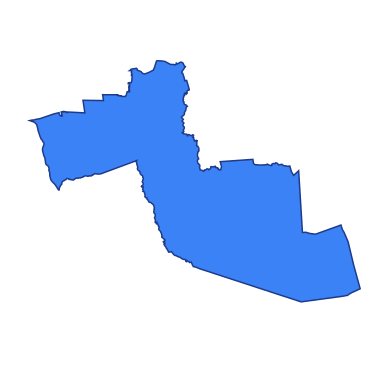 outline of Junín, San Luis, Argentina, rotated 167°
{"feature_id": "61730980B92635702663446", "entity_name": "Junín", "entity_type": "district", "adm_level": 2, "iso_a3": "ARG", "parent_name": "Argentina", "parent_adm1": "San Luis", "projection": "equal_earth", "projection_center": [-65.257, -32.22], "detail": "fine", "context": "isolated", "style": "filled", "palette": "blue", "viewbox_px": 384, "rotation_deg": 167, "n_neighbors": 0, "source": "geoboundaries", "source_scale": "gbopen_adm2", "svg_char_len": 6117}
<svg xmlns="http://www.w3.org/2000/svg" viewBox="0 0 384 384"><g transform="rotate(167 192 192)"><path d="M334.1,298.1L329.8,295.4L328.2,292.8L328.0,287.9L328.2,287.1L327.6,280.4L327.0,277.2L326.2,276.0L326.0,274.6L325.3,273.1L325.3,272.5L325.7,271.2L327.2,269.2L328.0,267.4L328.3,266.1L328.2,260.6L328.0,260.1L327.7,258.4L328.1,252.9L328.0,251.8L327.6,251.1L326.6,250.1L326.0,248.3L326.0,247.1L326.6,245.3L326.3,243.3L326.9,239.6L326.8,236.4L326.6,235.1L325.9,233.5L323.7,230.0L321.6,224.0L321.0,223.9L320.3,225.8L318.6,227.9L317.1,229.0L316.9,229.8L316.1,231.2L314.5,231.9L313.5,231.9L312.5,232.5L311.9,232.5L311.0,233.3L309.2,232.7L309.0,232.1L308.7,232.2L308.3,231.7L304.9,230.3L302.1,231.5L300.4,231.3L299.9,231.0L298.7,231.2L297.4,230.8L297.2,231.0L295.5,231.0L295.0,231.3L294.4,231.2L294.1,231.5L292.8,231.7L291.6,231.6L289.9,230.7L289.4,230.9L289.0,230.7L288.4,230.9L286.8,230.3L286.1,230.5L285.9,230.9L285.3,230.7L284.9,231.0L283.9,231.1L283.0,231.8L279.6,230.6L276.9,230.2L238.7,235.1L239.6,233.9L239.3,232.1L239.5,231.6L239.3,228.7L239.4,228.0L239.9,227.4L239.9,226.1L239.8,225.7L239.3,224.8L238.5,224.3L238.3,223.7L238.3,221.3L238.0,221.0L237.6,220.0L236.6,219.1L236.5,218.2L236.7,217.5L236.3,216.4L236.5,215.8L237.1,215.0L237.2,214.3L238.2,213.2L237.7,211.5L238.0,210.1L238.5,209.6L239.7,209.2L240.1,208.8L239.7,208.1L238.4,207.8L239.5,205.6L239.0,204.4L239.7,203.7L238.7,203.1L238.5,202.2L238.4,199.8L238.6,198.9L239.0,198.1L238.2,196.8L237.4,196.6L237.2,196.1L237.5,195.4L236.8,194.1L236.0,191.6L234.5,191.1L233.9,190.0L233.7,189.9L232.8,188.7L232.3,187.5L232.3,184.5L232.9,183.9L233.1,182.5L233.7,181.5L233.7,180.6L233.6,179.7L232.9,179.0L233.1,177.4L233.4,176.4L234.2,175.6L234.3,175.1L234.0,173.6L234.1,172.2L234.6,171.1L234.7,170.5L234.4,170.3L233.2,170.5L232.9,170.4L233.0,170.0L233.5,169.8L233.7,169.4L233.7,168.9L232.6,168.7L232.4,167.3L232.5,166.6L231.8,165.3L232.6,164.0L232.8,163.2L232.7,162.6L231.8,161.2L231.2,158.9L231.1,156.8L231.6,154.8L231.4,154.4L230.8,153.9L230.2,152.7L229.5,152.2L229.2,151.4L229.3,150.5L229.7,150.3L231.0,150.3L231.2,150.0L231.2,149.7L229.8,148.2L230.0,147.8L231.1,147.5L231.0,147.0L230.6,146.4L230.6,145.6L229.9,144.6L229.6,142.8L229.2,142.2L228.9,140.9L228.6,140.3L228.4,138.9L228.1,138.5L227.3,138.6L226.7,138.4L225.5,138.5L225.3,138.3L224.3,136.1L224.1,135.4L223.0,134.1L221.6,133.4L220.5,132.3L218.6,131.3L217.9,130.4L215.8,128.4L213.9,127.8L213.6,127.2L213.6,125.9L213.4,125.6L213.0,125.4L212.8,126.5L212.6,126.6L211.9,125.7L210.8,124.9L210.3,123.9L210.0,123.7L208.7,124.0L208.4,123.5L208.0,120.8L207.8,120.6L207.5,119.0L207.0,119.0L206.5,118.5L206.0,118.5L201.8,115.5L110.4,60.4L66.9,56.4L64.8,56.5L63.9,56.2L61.9,57.1L59.4,57.9L49.9,59.9L50.9,84.0L51.1,108.5L52.9,118.4L53.9,121.5L54.3,126.3L81.1,123.1L86.7,125.2L90.2,127.2L93.5,127.7L83.3,188.7L89.2,185.3L90.5,189.1L90.9,195.4L92.2,195.3L97.0,197.2L98.2,198.8L101.1,198.8L102.9,201.2L103.6,201.5L104.0,201.6L104.8,200.9L106.4,201.5L107.7,201.3L108.2,200.7L108.3,199.9L108.7,199.8L110.5,200.7L112.5,202.3L113.4,201.8L119.0,202.8L124.1,204.3L125.7,205.8L125.3,210.1L157.7,215.2L157.5,210.1L159.1,207.1L160.1,207.6L160.9,207.6L161.2,208.2L161.0,209.0L161.6,209.2L161.8,209.9L163.4,210.5L163.6,210.7L163.3,211.6L163.6,211.9L165.9,211.7L167.7,212.5L168.0,212.3L168.5,211.0L170.0,210.0L170.8,210.0L171.2,210.9L172.3,211.2L173.9,210.4L174.9,210.7L175.7,209.6L176.1,209.5L176.9,210.6L179.2,211.8L179.0,212.7L179.1,214.6L178.5,215.4L178.4,216.4L179.2,218.0L179.8,218.6L179.8,220.8L179.4,222.0L178.9,222.5L178.1,222.7L178.1,223.6L178.6,225.2L178.4,226.8L177.2,230.0L176.8,230.2L176.7,229.9L176.1,230.4L175.8,231.4L175.5,233.1L175.9,234.9L176.1,235.4L177.1,235.8L177.2,236.0L176.5,237.6L176.2,239.1L176.3,240.1L175.9,240.6L175.5,240.5L175.4,240.9L175.7,241.2L176.2,241.3L177.2,241.3L177.9,241.0L178.0,241.1L178.1,242.3L178.5,243.3L178.1,244.3L178.9,245.0L177.8,246.4L177.8,247.1L178.1,247.4L178.8,247.6L179.6,246.9L180.9,247.5L181.7,248.4L182.2,248.7L183.8,247.8L183.9,249.2L184.1,249.5L186.6,250.3L187.2,251.0L188.2,251.6L188.1,252.1L187.1,252.1L186.3,252.8L186.6,254.0L186.2,254.8L185.5,255.3L185.0,256.5L185.0,257.2L185.7,258.2L185.7,259.5L185.5,260.0L184.7,260.6L184.4,261.1L184.5,261.4L185.7,263.0L185.7,263.5L185.4,263.8L184.7,264.1L184.1,264.8L185.1,266.3L185.5,267.2L185.3,267.5L183.1,268.5L182.2,269.2L181.9,269.6L181.4,271.1L181.5,271.3L179.7,273.0L178.6,275.9L178.3,276.0L177.9,276.5L177.4,276.5L177.9,277.9L179.4,278.9L179.9,279.7L179.6,281.8L180.1,282.2L180.3,282.9L179.6,283.9L179.4,285.5L178.7,286.4L178.7,287.1L178.6,287.4L177.5,287.6L177.4,289.6L177.2,289.8L176.5,289.9L176.1,288.9L175.7,288.6L175.0,289.2L174.4,289.4L174.4,289.9L174.8,290.1L174.9,290.3L174.3,291.3L173.7,291.6L173.4,292.1L172.1,291.9L171.8,292.1L171.6,292.8L172.1,301.9L174.1,302.0L174.1,302.7L173.9,302.7L174.0,306.2L174.4,309.9L175.1,310.4L175.1,310.9L175.1,311.2L169.8,316.1L170.9,315.6L171.8,319.7L173.1,320.9L173.9,321.1L177.4,320.1L178.3,321.1L179.0,319.8L180.4,319.8L180.7,320.2L184.3,321.2L189.0,325.3L192.6,326.7L196.6,327.8L197.2,327.5L200.8,321.4L202.4,319.4L206.8,318.3L211.5,317.6L213.5,318.7L214.6,320.8L217.9,323.1L217.8,324.3L218.3,325.0L223.5,325.4L224.5,324.7L225.5,324.3L223.5,323.7L224.3,321.7L224.2,321.4L223.8,320.9L223.8,320.5L224.7,319.8L224.8,319.2L224.3,319.3L224.2,318.9L224.5,317.2L225.2,315.8L225.3,314.6L226.7,312.2L228.9,312.7L229.6,312.6L229.8,311.8L228.8,311.4L228.6,310.7L228.8,309.6L229.3,309.8L229.6,309.5L229.6,309.1L230.0,308.7L229.8,308.3L229.4,308.2L229.4,307.8L230.2,307.6L230.2,307.3L230.0,307.2L230.2,306.7L229.9,306.2L229.9,305.6L230.2,305.6L230.4,305.8L230.9,305.4L230.9,304.7L230.3,304.7L230.2,304.5L230.3,303.6L232.7,304.2L234.2,301.4L235.3,300.1L239.4,301.0L239.3,301.7L241.9,302.3L241.8,302.8L242.8,303.0L242.7,303.5L257.2,306.9L257.7,301.0L277.6,305.9L278.6,293.2L295.1,297.9L295.2,297.4L296.8,297.9L296.7,298.5L298.4,299.1L298.4,298.9L299.3,298.9L299.2,299.4L301.5,299.4L301.3,295.4L302.2,295.3L302.3,296.0L303.3,296.0L303.8,298.0L303.7,299.2L308.7,299.2L323.5,297.7L328.6,297.9L330.2,297.7L331.4,298.1L334.1,298.1Z" fill="#3b82f6" stroke="#1e3a8a" stroke-width="1.5"/></g></svg>